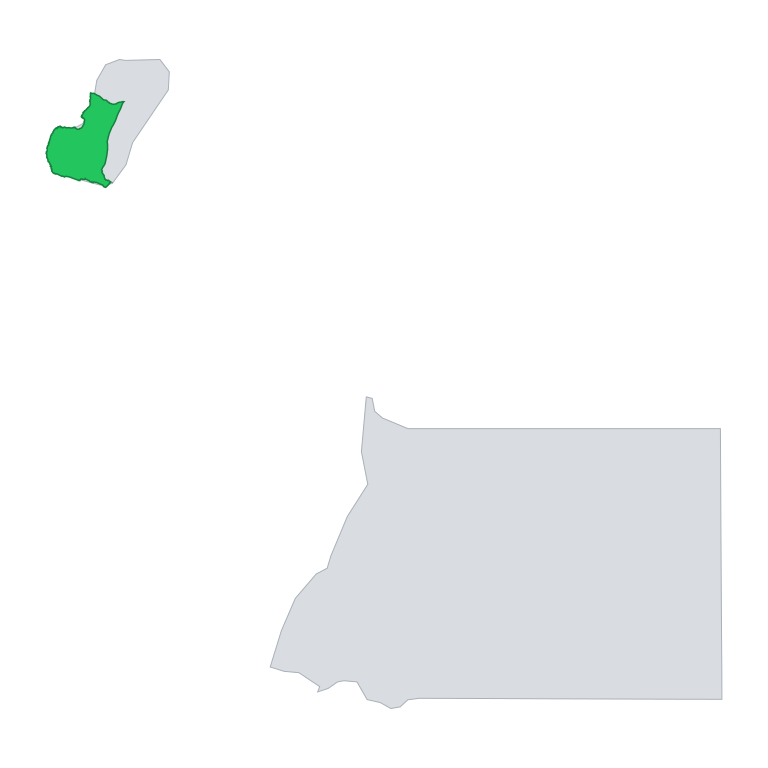 Luba, Bioko Sur, Equatorial Guinea shown in context
{"feature_id": "11065452B69220194361963", "entity_name": "Luba", "entity_type": "district", "adm_level": 2, "iso_a3": "GNQ", "parent_name": "Equatorial Guinea", "parent_adm1": "Bioko Sur", "projection": "mercator", "projection_center": [8.565, 3.411], "detail": "fine", "context": "in_parent", "style": "filled", "palette": "green", "viewbox_px": 768, "rotation_deg": 0, "n_neighbors": 0, "source": "geoboundaries", "source_scale": "gbopen_adm2", "svg_char_len": 6005}
<svg xmlns="http://www.w3.org/2000/svg" viewBox="0 0 768 768"><path d="M720.4,428.6L720.7,482.3L720.9,527.7L721.2,576.8L721.5,628.0L721.8,671.3L721.9,699.3L674.5,699.2L611.5,699.0L548.6,698.8L485.6,698.5L453.9,698.4L419.1,698.3L407.8,699.8L400.1,706.9L390.9,708.5L380.1,702.5L367.1,699.6L363.5,693.3L357.0,681.9L344.0,680.7L337.5,681.9L328.2,688.4L317.7,691.9L319.7,686.6L298.9,672.7L284.0,671.3L270.2,667.0L281.4,630.6L295.3,598.4L316.2,574.0L327.2,568.2L330.8,556.1L347.3,516.5L367.8,484.3L361.4,451.6L366.3,396.9L372.2,398.4L373.2,403.6L374.7,411.3L382.4,418.0L407.8,428.6L483.6,428.6L528.9,428.6L595.8,428.6L666.6,428.6L720.4,428.6ZM119.5,59.5L125.3,60.4L159.9,59.5L169.3,71.8L168.3,89.9L132.6,142.6L126.0,164.8L112.2,183.6L100.2,185.1L59.1,174.1L52.1,167.4L49.7,158.4L53.7,137.4L56.7,130.9L76.4,127.0L82.8,123.6L93.4,100.9L96.8,80.3L105.7,64.7L119.5,59.5Z" fill="#d9dde1" stroke="#a8b0b8" stroke-width="1"/><path d="M90.6,92.9L90.4,93.4L90.6,93.8L90.4,93.9L90.5,95.1L90.4,95.6L90.3,96.1L90.5,96.6L90.2,96.9L90.4,97.3L90.6,97.9L90.6,99.0L90.3,99.2L89.9,99.8L89.8,100.5L90.1,100.7L90.0,101.1L89.7,101.5L89.8,101.9L90.2,102.2L90.1,103.4L90.4,104.0L90.1,104.3L90.1,105.2L89.7,105.9L89.2,106.4L88.7,107.2L88.1,107.5L87.8,107.7L87.5,108.5L86.8,108.8L86.3,109.6L85.0,110.7L84.7,110.7L84.4,111.3L84.2,111.4L84.0,112.0L83.5,112.0L83.0,112.5L83.3,113.1L83.2,113.5L83.0,113.9L82.2,114.7L82.2,115.1L82.0,115.3L81.6,115.7L81.3,116.2L82.0,116.7L81.9,116.8L81.7,117.4L82.4,117.5L82.5,117.9L82.8,118.1L83.2,118.0L83.3,118.3L83.8,118.3L84.1,119.0L84.7,119.9L84.2,122.6L84.0,123.9L81.7,127.8L80.8,128.3L79.8,128.5L78.9,129.3L78.4,129.3L77.8,129.3L76.4,128.8L75.5,128.1L75.4,127.9L75.4,127.5L75.1,127.4L74.7,127.7L74.3,127.2L73.9,127.5L73.5,127.3L72.9,127.7L72.6,127.7L72.1,128.0L70.2,128.0L69.7,127.7L69.0,127.6L68.3,127.7L67.9,127.9L67.2,127.7L66.4,127.7L66.2,127.8L65.8,127.8L65.4,127.4L64.9,127.1L64.4,127.0L63.7,127.6L63.4,127.7L63.0,127.4L62.6,127.4L62.5,127.7L62.2,127.6L61.8,127.3L61.6,127.4L61.3,127.2L61.0,127.4L60.9,126.9L60.9,126.6L60.2,126.2L59.9,126.5L59.7,126.3L59.3,126.4L58.8,126.8L58.3,126.9L58.0,126.8L57.9,127.2L58.1,127.5L57.9,127.7L57.5,127.6L57.3,127.7L57.1,127.7L57.0,128.2L56.6,127.9L56.3,127.9L56.3,128.4L55.9,128.4L55.3,128.6L55.1,128.9L54.9,129.2L54.7,129.4L54.5,129.7L54.3,129.8L54.3,130.1L54.1,130.4L53.8,130.4L53.3,131.8L52.9,132.0L52.8,133.0L52.0,133.7L51.9,134.0L51.3,134.8L51.5,135.2L50.6,136.1L50.5,136.8L50.5,137.1L50.4,138.2L49.8,139.0L49.8,139.4L49.8,139.8L49.4,140.7L49.5,141.3L49.1,141.8L49.1,142.1L48.7,142.4L48.7,142.7L48.8,142.9L48.7,143.0L48.8,143.2L48.6,143.3L48.8,143.5L48.6,144.0L48.6,144.3L48.3,145.0L48.4,145.3L47.8,145.5L47.4,146.5L47.4,146.8L47.2,147.1L47.3,147.4L47.3,147.7L47.1,147.9L47.1,148.1L46.9,148.2L46.9,148.4L47.2,148.5L47.3,148.7L47.2,150.8L47.0,151.0L46.9,151.3L46.9,151.6L46.7,152.4L46.4,152.2L46.3,152.9L46.1,153.2L46.7,154.0L46.6,154.4L46.9,155.2L46.8,156.9L46.7,157.2L46.8,157.6L47.1,157.6L47.2,158.1L47.4,158.3L47.6,158.7L47.9,159.7L47.9,160.1L48.1,161.5L48.5,161.6L48.8,161.8L49.3,162.4L49.4,162.7L49.3,162.8L49.7,163.1L50.0,164.1L50.0,164.6L50.9,165.2L50.8,165.8L50.4,166.2L50.6,166.3L51.0,166.2L51.4,166.5L51.1,167.0L51.0,167.5L51.1,167.9L51.4,168.1L51.5,168.3L51.2,168.5L51.2,168.9L51.5,169.3L51.9,169.4L51.9,170.1L51.7,170.7L51.7,171.1L51.9,171.3L52.3,171.6L52.7,172.4L53.2,172.8L53.3,173.1L53.9,173.4L54.3,173.2L54.5,173.6L55.1,173.9L55.5,173.7L55.8,174.0L56.4,173.7L56.8,173.8L57.1,173.9L57.2,174.2L57.6,174.2L61.2,176.0L61.7,176.0L61.9,176.3L62.2,176.1L63.3,176.3L63.6,176.6L64.5,177.0L65.0,176.5L65.4,176.5L65.8,176.5L66.1,176.3L66.6,176.5L67.0,176.5L67.6,176.6L68.0,176.6L68.7,176.8L68.8,176.8L70.5,177.3L70.8,177.5L71.2,177.5L71.3,177.7L76.8,179.7L77.2,179.7L77.5,179.8L78.1,180.2L78.4,180.2L78.4,180.4L78.7,180.3L78.9,180.4L79.2,180.4L79.7,180.6L79.8,180.2L80.0,180.2L80.1,179.8L80.5,179.6L80.5,179.4L80.6,179.0L80.8,179.0L81.1,179.1L81.3,178.9L81.6,179.0L82.0,179.1L82.3,179.3L82.7,179.2L82.9,179.4L83.5,179.3L84.1,179.4L84.5,179.3L84.8,179.4L85.2,179.2L85.3,178.7L85.8,179.2L86.1,179.3L86.3,179.4L89.4,180.9L89.5,181.2L91.0,182.0L91.4,181.9L91.6,182.1L91.9,182.2L92.0,182.4L92.4,182.2L92.4,182.4L92.5,182.5L92.8,182.5L93.2,182.6L93.3,182.3L93.5,182.2L93.8,182.0L94.2,182.0L94.5,182.0L95.1,182.2L95.4,182.4L95.7,182.3L96.0,182.4L96.4,182.4L97.2,182.8L97.5,182.8L98.1,183.2L98.7,183.3L99.1,183.5L99.3,183.7L100.4,184.2L100.8,184.2L102.4,185.1L102.6,185.0L103.0,185.3L103.4,186.4L103.6,186.6L103.9,186.5L104.5,187.0L104.8,187.1L105.5,187.4L105.8,187.3L106.6,186.4L107.0,186.2L107.3,185.9L107.6,185.5L107.8,185.4L108.7,184.5L108.9,184.1L109.3,183.8L109.4,183.5L109.3,183.2L109.8,183.0L110.1,183.0L110.1,182.5L110.4,182.3L110.5,182.0L110.8,182.0L109.0,180.8L108.6,180.3L107.7,180.6L107.1,180.1L106.7,180.0L106.0,180.1L105.6,179.5L105.0,179.3L104.8,178.4L104.3,177.2L104.0,175.6L104.1,175.3L103.4,174.7L103.2,174.1L102.7,173.6L102.5,173.1L101.9,172.5L101.9,172.0L102.4,171.2L102.1,170.7L101.8,170.1L101.6,169.7L102.6,167.6L103.5,166.3L104.4,164.9L105.1,163.4L105.4,162.2L105.7,160.7L106.0,159.2L106.4,157.5L106.7,155.9L107.0,153.9L107.2,151.9L107.5,150.1L107.6,149.0L107.5,147.1L107.6,145.7L107.5,143.7L107.2,142.1L107.5,140.1L108.0,138.5L108.2,137.0L108.7,135.6L109.0,134.3L109.4,133.0L110.1,131.5L110.6,130.2L111.2,128.8L111.7,127.5L112.3,126.5L113.0,125.4L113.9,123.8L114.4,122.6L115.2,121.2L115.8,119.7L116.3,118.4L116.7,117.1L117.2,115.7L117.8,114.4L118.4,112.9L119.2,111.4L119.9,110.1L120.4,109.0L120.9,107.9L121.2,106.9L121.8,105.5L122.1,104.5L122.6,103.4L123.1,102.6L123.9,101.7L122.9,101.6L122.3,101.7L121.1,102.1L120.1,102.2L119.1,102.3L117.1,103.1L116.1,103.9L114.6,104.1L113.1,104.3L111.6,103.9L111.0,103.5L109.6,103.3L109.3,103.0L109.1,102.4L108.4,102.3L107.9,101.8L107.4,101.2L106.8,100.8L106.5,100.3L105.3,100.1L104.1,100.0L102.8,99.3L102.1,98.5L101.1,97.6L100.1,96.7L99.4,96.1L98.3,95.7L96.7,95.0L95.8,94.4L94.9,93.8L93.5,93.3L92.8,93.5L91.9,93.3L90.8,93.0L90.6,92.9Z" fill="#22c55e" stroke="#15803d" stroke-width="1.5"/></svg>